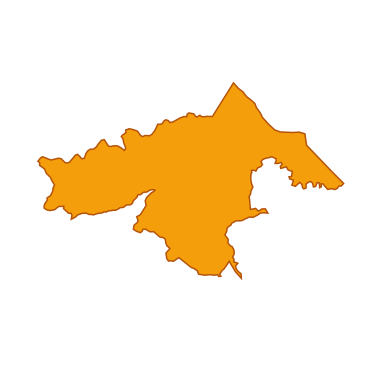 Cristal, Rio Grande do Sul, Brazil, rotated 333°
{"feature_id": "56859067B17648914341650", "entity_name": "Cristal", "entity_type": "district", "adm_level": 2, "iso_a3": "BRA", "parent_name": "Brazil", "parent_adm1": "Rio Grande do Sul", "projection": "orthographic", "projection_center": [-52.044, -31.031], "detail": "fine", "context": "isolated", "style": "filled", "palette": "amber", "viewbox_px": 384, "rotation_deg": 333, "n_neighbors": 0, "source": "geoboundaries", "source_scale": "gbopen_adm2", "svg_char_len": 3642}
<svg xmlns="http://www.w3.org/2000/svg" viewBox="0 0 384 384"><g transform="rotate(333 192 192)"><path d="M68.7,94.6L69.6,96.9L68.3,99.0L71.0,104.4L70.7,109.4L72.5,114.7L72.3,117.3L72.7,123.3L69.6,125.8L68.7,127.7L66.3,129.5L64.2,131.0L60.1,131.5L59.5,133.5L56.0,135.3L53.7,137.5L53.0,139.4L54.8,142.4L57.2,144.1L61.4,145.4L66.5,144.4L71.3,146.5L70.0,148.5L72.4,154.9L74.5,156.1L74.5,158.1L72.1,161.5L77.2,161.4L79.5,160.5L84.6,161.2L88.3,162.9L89.8,165.1L91.8,166.1L93.7,167.6L98.1,168.3L102.7,169.9L104.8,169.7L106.3,170.9L109.1,170.9L111.4,171.9L113.2,172.3L115.4,173.5L118.6,173.7L120.6,173.3L124.0,174.6L127.7,173.8L131.4,175.5L133.9,174.9L135.8,173.1L140.3,171.8L142.4,170.0L145.2,171.0L148.3,170.2L152.2,171.6L155.5,171.2L158.2,172.1L159.8,173.5L158.1,174.2L155.4,174.3L149.1,176.3L146.3,178.6L145.0,183.2L139.4,186.6L135.6,188.8L131.5,188.9L130.9,193.2L129.5,194.3L125.3,195.3L122.8,198.6L124.7,201.8L127.5,204.8L129.5,204.5L131.5,203.0L133.7,204.0L136.4,208.3L139.9,210.1L142.9,217.5L145.5,219.4L146.8,221.9L145.5,225.6L145.2,228.5L146.7,232.3L141.0,234.7L139.3,239.9L139.7,242.9L141.5,243.4L144.0,245.3L150.5,244.5L157.1,259.0L159.0,261.0L160.9,264.4L160.6,268.3L165.9,272.1L170.3,273.7L173.8,276.1L177.2,277.3L177.5,279.5L179.5,280.1L179.4,277.8L183.3,275.6L185.3,275.2L189.4,273.1L193.7,270.6L194.5,282.9L196.8,291.3L198.6,287.2L197.1,283.8L196.6,281.0L197.1,277.8L200.5,276.3L197.5,273.2L198.9,270.9L198.6,268.5L201.5,266.3L203.0,262.9L203.0,259.0L201.8,257.5L200.9,253.8L202.8,250.4L201.8,245.2L205.0,242.9L206.6,240.4L208.2,239.5L211.8,239.1L213.2,237.8L218.5,237.8L223.1,240.1L231.6,240.3L235.0,242.3L240.0,242.3L243.4,241.9L246.5,243.1L250.0,245.2L249.7,240.3L246.8,238.9L242.5,239.2L241.2,235.5L236.1,234.1L239.6,225.5L240.9,221.8L243.2,220.5L244.9,218.0L248.5,215.2L248.8,211.8L249.9,207.8L252.4,203.2L254.1,201.9L254.8,199.7L257.0,200.6L258.4,202.4L261.4,200.3L265.1,200.6L267.3,199.4L267.2,196.2L269.8,195.2L272.4,195.3L276.7,196.4L279.0,196.8L280.6,198.7L281.9,200.5L281.2,202.3L279.0,204.3L282.1,205.8L284.7,206.0L285.1,208.2L282.4,209.2L281.8,211.2L284.6,211.9L287.4,212.2L287.7,216.1L290.7,219.2L287.8,223.3L285.3,222.5L285.0,224.8L287.7,227.3L286.2,229.2L284.1,231.2L286.7,233.9L292.3,232.3L293.4,235.3L292.5,238.2L293.0,240.0L295.5,240.2L297.4,236.5L301.1,236.1L302.9,237.1L303.4,239.1L302.5,242.6L304.7,243.2L307.7,240.5L309.5,241.7L307.7,246.1L309.7,246.1L310.7,243.3L312.3,244.2L314.1,251.4L317.8,252.3L320.3,254.6L322.6,254.8L325.5,253.5L327.9,254.4L331.0,253.2L325.8,237.1L315.3,202.3L319.0,191.4L314.6,187.3L308.9,184.8L298.1,178.7L293.9,174.3L291.1,166.7L288.7,157.8L288.7,152.3L287.7,146.0L288.2,141.8L286.4,136.9L284.3,132.7L283.2,128.7L283.2,126.7L280.4,120.8L278.5,113.6L244.5,134.0L239.3,131.2L236.7,130.4L234.6,129.0L233.9,127.2L230.4,127.4L229.4,125.9L229.0,123.1L225.0,120.1L222.8,120.6L221.6,122.5L219.0,121.1L215.0,120.6L206.9,120.9L203.9,120.1L203.3,117.6L201.5,115.8L199.5,115.9L196.3,117.6L193.8,117.0L192.3,116.1L186.9,120.3L182.8,122.3L180.0,122.7L175.7,120.3L173.3,120.3L171.8,118.3L171.1,113.1L167.7,109.5L164.7,107.1L161.0,106.7L160.1,109.1L155.6,109.8L154.1,110.6L154.7,112.9L153.7,116.5L153.2,119.1L153.2,121.7L152.3,123.4L150.6,124.2L148.8,120.3L146.4,117.0L144.8,116.0L143.2,115.3L140.3,114.6L138.4,113.1L137.6,105.5L134.8,104.8L130.4,106.6L128.0,108.0L125.9,108.8L123.4,109.0L120.8,107.7L117.9,108.0L115.2,109.4L111.2,113.2L108.7,112.1L108.2,109.6L107.2,106.5L104.8,106.2L101.5,107.7L96.3,109.8L93.8,109.5L92.4,108.4L90.4,102.8L88.2,101.2L85.5,100.6L83.7,100.2L81.2,99.6L79.8,98.4L77.3,95.5L74.8,92.7L72.5,92.9L68.7,94.6Z" fill="#f59e0b" stroke="#b45309" stroke-width="1.5"/></g></svg>